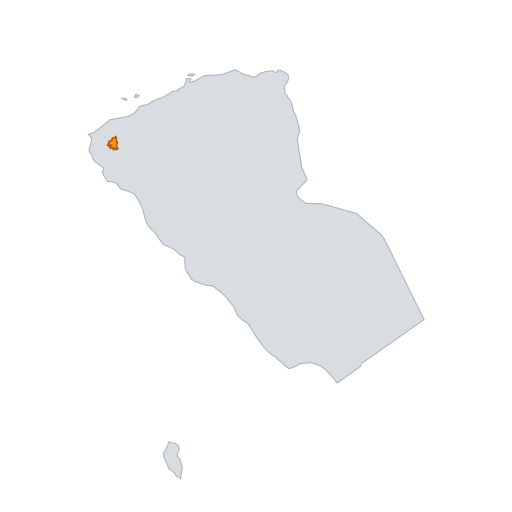 Ash Shamayatayn, Ta`izz, Yemen (highlighted), rotated 74°
{"feature_id": "15242507B595080071721", "entity_name": "Ash Shamayatayn", "entity_type": "district", "adm_level": 2, "iso_a3": "YEM", "parent_name": "Yemen", "parent_adm1": "Ta`izz", "projection": "equal_earth", "projection_center": [44.059, 13.173], "detail": "fine", "context": "in_parent", "style": "filled", "palette": "amber", "viewbox_px": 512, "rotation_deg": 74, "n_neighbors": 0, "source": "geoboundaries", "source_scale": "gbopen_adm2", "svg_char_len": 4795}
<svg xmlns="http://www.w3.org/2000/svg" viewBox="0 0 512 512"><g transform="rotate(74 256 256)"><path d="M400.5,212.7L384.4,220.3L380.2,223.7L376.4,228.0L373.6,233.2L371.7,242.5L373.4,250.9L373.3,255.5L369.1,258.5L365.3,260.6L361.0,263.9L358.4,264.8L356.2,267.4L353.8,269.2L344.8,274.0L335.0,277.7L319.3,282.1L313.3,286.9L307.8,290.2L299.5,291.2L288.0,295.8L281.6,299.4L273.7,305.4L272.0,307.3L270.6,311.7L268.2,315.5L263.5,321.7L259.9,324.9L257.5,325.1L252.8,326.8L247.3,327.2L238.0,325.0L235.7,326.5L233.7,328.9L226.6,333.2L219.4,341.7L214.1,344.0L205.5,346.7L199.5,350.2L195.4,351.7L190.2,352.4L180.6,352.0L171.4,353.3L163.0,355.7L159.0,360.3L154.5,367.5L147.1,370.5L145.4,373.1L143.1,378.4L138.3,379.8L133.9,380.7L129.5,378.4L121.1,384.8L117.9,385.9L113.1,386.1L109.7,387.5L107.3,387.1L104.2,384.6L97.7,381.5L93.0,383.5L92.6,377.4L84.8,358.8L86.4,342.7L86.4,340.4L84.9,333.2L80.2,326.6L80.3,318.2L78.8,312.3L77.6,306.1L78.0,304.5L78.0,303.0L75.7,293.6L74.9,291.7L74.6,289.7L75.4,288.2L75.4,286.4L74.1,283.5L72.8,278.0L66.4,273.7L67.7,269.7L69.0,271.1L70.6,272.3L71.0,269.7L71.0,267.7L68.4,255.5L72.3,239.2L71.1,224.6L77.1,218.7L78.6,216.9L79.5,215.3L80.9,212.0L82.8,210.9L83.5,207.4L83.4,205.6L82.2,204.1L81.3,200.0L81.6,194.9L81.9,192.7L82.6,188.7L84.7,187.3L85.2,186.1L83.5,183.6L83.7,182.1L87.3,177.9L88.7,176.7L91.0,175.4L92.8,175.4L94.8,176.1L96.7,177.3L98.5,179.4L100.4,181.8L103.3,182.8L105.3,182.5L106.9,183.6L108.3,183.0L109.8,181.8L112.3,181.8L114.5,180.4L120.9,179.7L127.0,180.2L133.4,179.0L139.8,179.1L146.2,179.2L147.7,179.4L149.1,180.1L154.5,183.8L158.6,184.6L166.9,185.6L175.8,186.7L183.4,187.6L189.9,186.7L195.3,186.0L196.8,186.1L198.4,188.4L201.7,194.2L204.8,199.5L210.1,199.8L213.6,197.8L217.3,195.0L219.6,192.7L222.2,184.0L223.9,178.3L227.9,171.9L231.1,166.6L235.5,159.5L237.9,155.6L242.6,147.9L247.2,144.9L256.0,139.1L264.6,133.4L270.2,129.7L275.0,128.0L283.0,126.5L292.4,124.8L301.9,123.1L311.9,121.3L323.1,119.3L330.8,117.9L340.6,116.1L348.7,114.6L356.0,113.3L363.4,112.0L364.9,116.2L366.4,120.5L367.9,124.8L369.3,129.1L370.8,133.3L372.3,137.6L373.8,141.9L375.3,146.2L376.8,150.4L378.2,154.7L379.7,159.0L381.2,163.3L382.7,167.6L384.2,171.9L385.7,176.2L387.1,180.4L388.6,184.6L390.9,186.0L392.3,190.0L394.4,195.7L396.4,201.3L398.4,207.0L400.5,212.7ZM424.9,386.2L426.8,386.7L429.9,385.2L438.5,385.0L449.1,389.9L447.1,391.1L446.0,392.9L441.4,394.5L436.8,398.2L423.6,400.0L419.7,399.0L416.5,395.4L410.5,390.7L412.8,387.7L413.2,386.4L414.1,385.0L417.4,382.8L420.8,383.1L424.9,386.2ZM70.5,328.3L70.1,329.2L69.5,329.0L67.5,326.7L69.7,324.1L70.8,326.5L70.5,328.3ZM64.3,270.7L63.2,271.6L62.9,269.9L63.6,266.2L64.7,265.1L65.4,267.9L64.9,269.4L64.3,270.7ZM69.4,339.9L67.3,341.2L68.8,337.8L70.3,337.1L70.7,337.2L69.4,339.9Z" fill="#d9dde1" stroke="#a8b0b8" stroke-width="1"/><path d="M109.0,358.1L108.8,358.1L108.7,358.0L108.4,357.9L108.2,358.0L107.9,358.2L107.9,358.3L107.8,358.5L107.7,358.5L107.2,358.5L106.9,358.5L106.7,358.5L106.6,358.4L106.3,358.3L106.2,358.3L105.8,358.2L105.7,358.2L105.0,358.1L104.6,357.7L104.3,357.7L103.8,357.6L103.7,357.7L103.2,357.8L102.5,357.9L102.7,358.3L102.8,358.3L102.9,358.6L103.1,359.0L103.3,359.3L103.3,359.9L103.2,360.2L103.0,360.8L103.3,361.5L103.5,361.9L103.6,362.0L103.9,362.4L104.5,362.5L105.3,362.6L105.3,363.1L105.4,363.4L105.4,363.9L105.5,364.4L105.5,364.7L105.3,364.9L105.2,365.1L105.2,365.3L105.6,366.0L105.8,366.2L106.1,366.0L106.6,366.2L107.1,366.6L107.5,366.6L107.8,367.6L108.7,368.2L109.3,367.6L109.5,367.4L109.8,367.0L109.8,366.9L109.8,366.6L109.7,366.4L109.2,365.9L109.3,365.6L109.3,365.4L109.4,365.2L109.4,364.8L109.5,364.6L109.6,364.8L109.8,364.9L109.8,365.0L110.0,365.2L110.1,365.4L110.2,365.6L110.3,365.8L110.8,366.3L111.2,366.5L111.6,366.6L111.9,366.6L112.1,366.5L112.2,366.3L112.3,366.1L112.3,365.9L112.2,365.7L112.2,365.4L112.2,365.1L112.2,364.8L112.2,364.4L112.2,364.2L112.3,363.8L112.2,363.8L112.2,363.7L112.3,363.7L112.5,363.4L112.7,363.6L112.8,363.7L112.8,363.8L113.0,363.8L113.4,363.8L113.5,363.8L113.8,363.8L114.0,363.8L114.4,363.9L114.5,363.9L114.6,363.7L114.4,363.3L114.4,363.2L114.2,363.0L114.1,362.8L114.0,362.7L113.9,362.6L113.9,362.4L113.7,362.1L113.7,361.9L113.8,361.7L114.0,361.6L114.3,361.6L114.5,361.6L114.8,361.5L115.0,361.6L115.2,361.4L115.1,361.2L114.9,360.9L114.9,360.7L114.9,360.4L115.0,360.4L115.1,360.2L115.3,360.2L115.2,360.2L114.9,360.2L114.9,359.9L115.1,359.5L114.8,359.2L114.7,359.2L114.4,359.2L114.3,359.3L114.2,359.4L114.2,359.5L113.9,359.6L113.7,359.5L113.6,359.4L113.4,359.3L113.2,359.3L113.0,359.5L112.8,359.7L112.7,359.7L112.4,359.8L112.0,359.8L111.8,359.7L111.3,359.5L111.2,359.4L110.8,359.3L110.7,359.3L110.6,359.2L110.4,359.1L110.2,359.0L110.0,358.8L109.8,358.7L109.5,358.4L109.4,358.4L109.4,358.2L109.1,358.1L109.0,358.1Z" fill="#f59e0b" stroke="#b45309" stroke-width="1.5"/></g></svg>